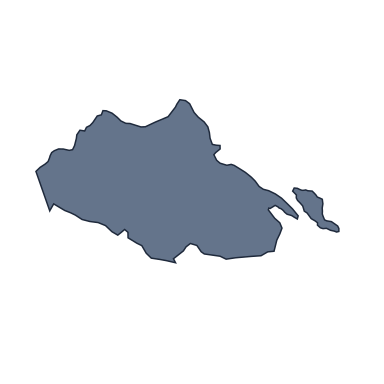 Timur Laut, Pulau Pinang, Malaysia, rotated 296°
{"feature_id": "92858781B26188199947326", "entity_name": "Timur Laut", "entity_type": "district", "adm_level": 2, "iso_a3": "MYS", "parent_name": "Malaysia", "parent_adm1": "Pulau Pinang", "projection": "robinson", "projection_center": [100.297, 5.392], "detail": "fine", "context": "isolated", "style": "filled", "palette": "slate", "viewbox_px": 384, "rotation_deg": 296, "n_neighbors": 0, "source": "geoboundaries", "source_scale": "gbopen_adm2", "svg_char_len": 2250}
<svg xmlns="http://www.w3.org/2000/svg" viewBox="0 0 384 384"><g transform="rotate(296 192 192)"><path d="M217.1,297.9L220.9,289.7L223.3,282.6L225.7,275.2L226.8,267.8L226.8,260.4L225.7,254.9L226.4,249.9L229.5,244.0L231.3,238.9L233.0,231.5L233.7,225.3L234.4,218.3L234.0,215.1L231.3,211.6L230.2,204.6L231.3,200.3L235.1,195.3L237.8,196.0L243.0,198.4L246.1,196.8L244.7,193.3L243.7,189.4L248.2,184.7L253.0,181.6L257.5,177.7L260.3,172.2L262.0,164.8L264.4,159.0L270.3,151.2L271.3,146.1L269.6,140.6L264.4,139.9L261.0,139.9L249.2,137.5L238.9,128.5L230.2,121.5L228.1,117.6L227.1,111.0L226.4,106.3L224.7,102.4L224.7,96.9L226.4,91.9L227.8,85.6L227.4,79.4L226.1,76.3L221.6,76.7L218.8,73.5L210.9,72.4L207.1,71.2L203.9,68.8L199.8,68.8L198.4,64.2L192.9,63.4L189.4,64.6L186.0,65.3L182.2,66.1L177.7,66.1L175.6,63.4L174.2,57.5L172.2,53.2L168.7,50.1L165.9,48.6L162.5,48.6L160.1,49.0L156.3,49.3L152.8,47.8L147.6,44.7L142.1,42.7L112.7,72.4L113.1,72.4L120.7,72.9L119.6,85.7L120.1,91.8L120.1,97.3L119.1,105.2L120.7,113.1L123.4,121.1L123.9,129.0L121.2,137.5L120.7,144.2L124.5,146.0L128.8,147.9L127.7,152.1L122.8,154.6L121.8,164.9L121.8,170.4L116.9,177.7L114.7,184.4L117.4,193.0L119.1,199.1L121.2,208.2L123.9,204.6L135.3,210.1L140.1,210.7L145.0,213.1L146.1,219.8L142.3,226.5L141.7,230.2L146.6,245.4L146.6,252.1L152.0,260.0L160.1,273.5L165.0,282.0L171.4,286.3L174.7,291.7L186.0,289.3L193.0,289.3L199.0,288.7L202.8,284.4L204.6,277.9L209.4,268.4L211.2,268.1L211.4,269.4L216.4,272.6L216.4,273.9L216.3,275.9L215.8,277.2L216.0,279.3L215.7,281.0L215.2,282.6L214.5,284.0L214.0,285.9L213.7,287.2L214.4,291.0L214.5,292.6L214.2,294.6L213.9,298.5L217.1,297.9ZM223.6,340.0L225.3,337.8L225.8,334.8L226.5,330.3L225.1,325.6L225.1,323.3L227.8,320.3L229.3,318.8L232.0,317.6L234.6,316.1L238.8,314.8L240.6,313.6L242.6,312.3L242.6,310.1L242.4,306.8L243.7,304.6L244.6,302.3L245.5,299.6L243.9,295.6L243.7,293.3L242.6,291.8L241.7,290.1L241.5,287.6L241.5,285.1L240.4,282.1L236.9,282.1L235.1,287.1L232.4,288.3L230.7,290.6L229.6,293.8L228.0,297.6L226.2,299.3L224.0,301.3L223.6,304.6L222.3,307.1L220.3,310.8L220.0,315.3L219.4,318.3L217.2,319.3L216.1,323.1L216.5,325.8L218.3,328.8L218.3,333.3L219.2,337.0L219.4,339.5L220.9,341.3L223.6,340.0Z" fill="#64748b" stroke="#1e293b" stroke-width="1.5"/></g></svg>